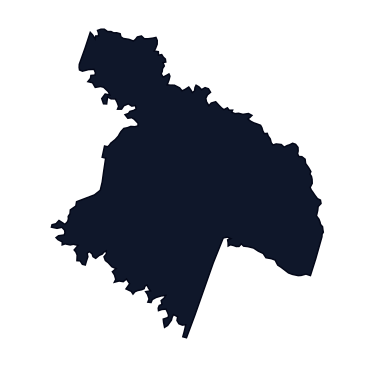 outline of Catanduvas, Paraná, Brazil, rotated 102°
{"feature_id": "56859067B59737068657378", "entity_name": "Catanduvas", "entity_type": "district", "adm_level": 2, "iso_a3": "BRA", "parent_name": "Brazil", "parent_adm1": "Paraná", "projection": "natural_earth1", "projection_center": [-53.163, -25.234], "detail": "fine", "context": "isolated", "style": "filled", "palette": "ink", "viewbox_px": 384, "rotation_deg": 102, "n_neighbors": 0, "source": "geoboundaries", "source_scale": "gbopen_adm2", "svg_char_len": 4025}
<svg xmlns="http://www.w3.org/2000/svg" viewBox="0 0 384 384"><g transform="rotate(102 192 192)"><path d="M231.6,57.1L208.8,55.6L206.3,56.0L204.0,55.2L201.8,56.1L198.8,57.1L197.0,59.5L194.9,60.5L192.2,62.2L189.5,65.3L184.0,65.2L180.0,65.6L176.4,63.4L173.2,64.7L172.4,67.9L169.9,70.8L167.5,73.3L165.1,75.9L162.9,77.4L158.6,76.2L154.6,77.2L151.9,78.4L149.9,80.4L147.3,80.0L144.0,83.0L140.5,86.8L136.4,88.2L134.6,91.9L135.1,94.9L132.6,96.7L129.8,96.7L126.3,97.6L123.8,100.6L123.4,103.7L125.5,106.3L126.8,108.6L129.0,111.2L127.0,114.5L127.5,119.7L129.2,122.5L127.4,124.7L123.8,126.5L121.4,129.1L119.0,130.6L119.9,133.4L117.6,135.4L114.6,137.0L112.5,138.8L111.9,142.6L111.5,146.0L110.5,149.5L108.9,152.6L106.9,150.8L104.6,149.3L103.5,153.1L105.5,158.3L105.3,162.8L106.4,166.2L105.8,169.7L103.5,169.3L104.3,172.6L102.3,174.9L104.8,177.9L103.7,180.5L101.6,183.7L98.8,187.6L101.0,191.7L104.1,193.4L100.7,196.6L97.5,198.0L93.8,197.1L90.6,194.6L87.6,197.4L87.2,200.9L89.9,203.9L87.7,207.1L86.7,210.2L89.2,210.8L92.6,210.5L94.7,212.3L92.1,214.7L90.0,217.0L93.4,220.4L95.1,222.8L92.7,225.8L91.2,231.4L92.0,235.6L92.3,238.6L87.2,237.8L83.3,237.7L81.3,239.1L83.2,241.2L85.6,244.1L82.9,246.7L80.1,246.2L77.5,246.5L74.5,245.3L71.4,247.3L70.3,244.7L67.5,245.7L66.0,248.2L63.9,250.2L65.1,253.2L61.7,254.1L62.0,258.3L59.1,257.5L54.7,256.8L51.0,257.5L48.3,259.4L49.6,262.2L51.3,267.0L52.0,270.5L49.9,273.9L51.7,277.7L54.6,279.1L56.5,280.7L55.8,285.4L56.1,291.2L55.0,293.8L52.1,295.2L51.9,298.8L52.6,301.7L51.9,304.5L52.6,308.0L51.0,311.6L51.7,314.9L53.6,318.0L55.8,316.6L58.7,315.8L59.4,318.6L62.4,318.6L59.0,321.9L57.0,324.7L73.6,326.5L90.5,328.8L93.6,328.3L96.0,327.4L96.6,324.3L93.8,318.7L92.4,313.3L95.5,311.2L97.9,311.3L99.0,315.1L102.0,314.9L105.7,316.8L105.8,312.0L109.8,308.4L107.8,303.4L107.9,300.2L111.3,294.7L114.2,292.6L114.2,297.3L119.4,299.7L124.1,296.9L123.6,293.8L119.8,294.1L116.5,294.3L117.7,290.6L116.9,286.3L119.8,283.9L123.5,281.6L126.5,282.1L125.6,278.1L121.8,276.6L119.0,272.6L120.5,268.8L119.2,265.4L122.2,263.9L124.2,265.8L126.1,269.5L128.4,270.5L130.3,273.6L133.2,270.1L131.8,266.4L132.8,263.7L136.0,259.0L138.6,258.6L140.0,261.4L140.6,265.5L142.5,268.4L144.0,271.9L147.6,274.0L150.0,274.9L152.7,275.7L156.7,278.0L161.1,281.6L163.3,282.5L165.3,283.9L165.2,287.1L176.7,287.1L176.8,283.5L189.8,282.7L201.0,281.9L209.4,282.1L215.1,286.8L225.5,302.9L229.9,302.7L234.8,307.3L238.6,306.8L241.6,308.0L244.0,307.3L246.7,307.5L250.1,309.5L247.5,316.2L251.3,318.4L253.1,322.1L255.6,322.2L255.6,316.5L253.6,311.9L255.8,308.7L258.2,307.8L260.6,308.1L262.5,313.4L264.9,315.5L266.5,313.1L267.8,308.5L270.7,308.0L269.1,305.3L269.1,300.1L267.8,297.2L267.9,292.3L273.2,295.2L274.8,293.1L277.6,291.2L283.1,290.3L282.6,287.1L285.5,284.2L285.6,281.2L281.4,280.9L277.0,280.4L273.7,281.8L271.6,280.1L273.2,276.9L275.8,275.4L276.9,272.4L273.3,269.6L271.4,266.9L269.0,265.6L267.4,263.6L270.5,262.9L273.7,264.6L277.0,262.5L278.6,259.2L281.8,254.8L282.7,250.3L286.5,253.3L289.2,250.6L293.3,248.4L296.4,249.2L294.2,244.8L294.0,240.6L290.7,238.0L294.7,233.9L300.5,236.4L301.8,230.8L304.1,228.5L301.4,227.1L299.7,224.7L298.0,220.8L296.5,218.7L294.0,218.5L292.3,216.7L295.3,214.4L297.3,212.0L299.1,216.6L301.3,214.3L305.6,211.7L308.9,212.3L308.6,209.1L305.5,208.5L302.7,205.3L300.0,200.4L298.6,196.1L301.6,197.2L304.6,199.6L308.2,198.0L309.8,200.4L312.6,200.9L315.0,200.1L313.2,197.1L312.0,193.1L314.7,191.0L317.4,189.3L319.7,189.3L322.3,193.7L325.4,192.7L330.1,190.7L327.6,188.1L321.6,185.5L318.7,185.4L315.8,184.6L317.0,180.1L320.8,180.0L323.6,177.4L324.2,173.8L323.1,170.6L326.4,170.5L330.6,170.6L335.5,170.9L335.7,167.1L312.0,163.6L257.1,156.5L230.5,151.9L228.8,148.1L229.6,144.4L231.4,147.2L234.2,146.1L237.3,145.4L235.6,143.4L235.7,140.2L236.1,137.4L235.5,134.7L232.4,133.0L234.2,130.3L233.8,126.0L234.0,120.1L236.1,114.8L237.3,109.6L240.9,106.0L240.7,100.5L241.3,96.5L243.8,94.5L245.7,92.9L247.0,89.4L251.1,80.8L251.7,76.6L251.7,70.7L250.9,67.9L248.6,63.5L249.1,58.8L231.6,57.1Z" fill="#0f172a" stroke="#020617" stroke-width="1.5"/></g></svg>